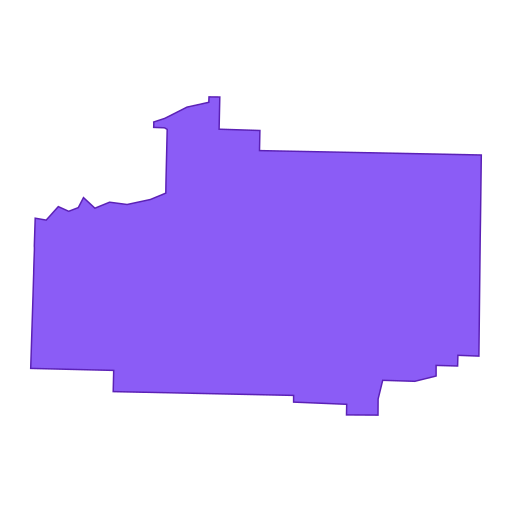 Scott, Arkansas, United States of America (Albers equal-area conic projection)
{"feature_id": "52423323B55243158693426", "entity_name": "Scott", "entity_type": "district", "adm_level": 2, "iso_a3": "USA", "parent_name": "United States of America", "parent_adm1": "Arkansas", "projection": "albers", "projection_center": [-94.153, 34.883], "detail": "fine", "context": "isolated", "style": "filled", "palette": "violet", "viewbox_px": 512, "rotation_deg": 0, "n_neighbors": 0, "source": "geoboundaries", "source_scale": "gbopen_adm2", "svg_char_len": 750}
<svg xmlns="http://www.w3.org/2000/svg" viewBox="0 0 512 512"><path d="M478.9,356.1L480.2,239.0L480.5,219.3L481.3,155.0L259.5,150.6L259.9,130.5L219.1,129.2L219.8,97.0L209.0,96.9L208.8,102.3L187.0,107.1L164.7,118.4L153.7,122.0L153.8,123.3L153.7,127.4L164.5,127.8L167.2,129.4L166.0,180.4L165.8,193.1L150.4,199.5L127.1,204.5L109.6,202.2L94.9,208.2L83.5,197.6L78.3,207.6L68.7,211.3L58.3,206.6L46.2,220.1L35.2,218.2L34.3,246.1L34.4,247.4L34.4,250.0L34.0,261.2L33.7,271.4L33.7,273.3L33.6,275.7L33.0,296.1L30.7,368.4L113.7,370.4L113.2,391.6L293.6,395.4L293.6,402.1L346.7,404.3L346.5,414.9L378.0,415.1L378.1,399.0L382.7,380.3L414.8,381.3L436.1,376.0L436.1,365.4L457.6,366.0L457.9,355.3L478.9,356.1Z" fill="#8b5cf6" stroke="#5b21b6" stroke-width="1.5"/></svg>